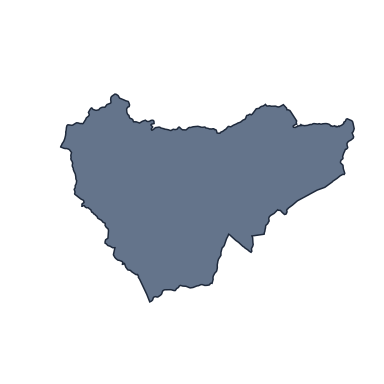 La Mesa, Cundinamarca, Colombia, rotated 18°
{"feature_id": "7082276B41572660322682", "entity_name": "La Mesa", "entity_type": "district", "adm_level": 2, "iso_a3": "COL", "parent_name": "Colombia", "parent_adm1": "Cundinamarca", "projection": "mercator", "projection_center": [-74.467, 4.646], "detail": "fine", "context": "isolated", "style": "filled", "palette": "slate", "viewbox_px": 384, "rotation_deg": 18, "n_neighbors": 0, "source": "geoboundaries", "source_scale": "gbopen_adm2", "svg_char_len": 5965}
<svg xmlns="http://www.w3.org/2000/svg" viewBox="0 0 384 384"><g transform="rotate(18 192 192)"><path d="M325.6,103.6L326.3,102.3L326.3,101.4L325.2,99.9L324.4,98.1L324.6,97.0L325.0,95.9L325.7,94.9L327.1,93.5L328.7,91.0L328.7,89.6L326.0,86.3L326.7,84.8L326.7,81.7L323.9,76.8L322.9,75.4L321.8,74.8L317.0,74.4L316.2,75.1L315.9,77.6L315.0,78.4L314.9,79.2L315.2,79.9L313.5,82.5L312.1,83.5L311.8,84.2L310.9,84.0L310.5,84.8L309.1,85.4L308.7,85.4L308.4,84.9L307.8,85.3L306.9,85.0L306.6,85.4L305.3,86.2L304.3,85.9L303.9,86.3L303.5,86.3L302.5,85.5L301.3,85.2L299.2,85.3L297.7,85.7L295.3,86.7L293.8,87.7L291.8,87.7L290.7,88.5L286.9,89.2L286.0,89.7L284.9,90.9L283.4,91.3L281.3,92.9L278.4,94.2L275.9,94.5L275.9,94.8L275.6,94.9L275.6,94.6L274.7,94.2L274.2,95.6L273.5,95.7L272.9,96.4L272.0,96.5L271.8,97.4L271.1,97.8L270.3,98.7L268.5,99.1L268.0,98.6L267.9,97.8L269.3,96.0L270.6,95.1L269.7,93.8L269.6,92.3L269.3,92.1L269.4,91.9L260.4,84.6L259.9,84.3L259.4,84.4L258.8,84.1L257.7,84.2L256.9,84.5L256.0,83.0L251.9,80.7L249.2,83.6L248.2,84.3L247.0,84.6L245.0,84.5L240.7,86.0L239.3,86.0L237.1,87.0L236.5,87.0L234.7,86.0L234.3,86.8L233.0,88.3L231.6,89.1L230.7,90.1L230.0,91.6L227.4,93.0L225.3,99.2L224.7,100.0L224.4,100.3L223.3,100.1L222.7,100.3L221.7,101.6L220.6,102.1L220.4,102.5L220.2,103.6L220.4,104.7L220.2,105.0L220.0,106.4L218.3,107.8L216.5,110.6L214.1,112.4L213.4,113.3L210.7,115.7L208.8,118.0L206.6,118.3L206.2,118.5L204.6,122.1L203.8,122.8L203.2,123.9L202.1,125.2L201.3,125.8L200.7,126.5L200.4,127.5L198.8,128.0L197.6,128.1L196.0,125.7L195.0,125.4L194.4,125.7L193.2,125.1L192.1,125.5L191.1,126.1L190.3,126.2L189.5,126.6L187.8,126.5L185.3,126.8L184.5,126.3L183.9,126.3L182.1,127.2L180.4,127.6L179.5,127.5L177.3,127.7L172.9,129.6L170.7,131.1L169.7,131.3L168.9,131.9L167.2,134.7L166.1,135.2L165.7,135.2L163.8,135.8L163.4,135.7L162.3,135.4L160.0,134.2L159.4,134.4L158.8,135.6L158.5,136.7L157.9,137.2L156.6,137.9L154.8,138.1L153.0,140.0L151.9,140.2L150.5,140.1L148.6,140.3L146.2,140.7L145.7,140.4L145.0,140.6L142.4,140.7L141.4,140.3L140.0,140.7L138.5,141.6L137.9,141.7L137.1,142.4L136.1,144.2L135.0,145.6L134.7,145.7L133.9,144.9L133.8,144.3L134.5,142.7L134.5,142.3L132.4,141.1L132.2,140.8L132.7,139.9L134.8,138.6L133.9,136.4L133.1,135.9L132.3,135.9L131.7,136.1L130.6,136.8L129.6,138.0L128.2,138.6L127.1,138.7L125.5,138.1L122.9,140.1L120.8,142.6L117.3,142.5L116.8,142.8L116.1,142.7L115.1,143.3L114.6,143.2L113.2,141.4L111.8,141.0L110.4,141.1L109.2,140.1L108.4,138.7L107.9,138.4L107.0,138.2L105.5,136.5L104.2,133.4L104.3,132.4L104.9,130.8L105.6,130.5L105.8,130.2L105.8,129.1L105.6,128.3L104.1,126.3L103.3,125.6L100.7,125.7L99.4,125.5L94.1,125.1L91.9,123.1L89.7,122.5L88.4,122.7L86.1,125.8L85.7,127.0L86.0,129.0L87.2,131.6L87.1,132.7L84.1,135.1L83.0,138.3L81.0,138.9L79.8,139.6L78.5,141.0L78.0,142.6L75.8,143.9L74.8,144.1L72.2,144.0L70.7,143.0L70.1,143.5L69.6,144.9L68.9,148.3L70.3,149.9L70.4,150.8L70.2,151.7L68.6,154.2L68.4,156.1L67.3,160.4L67.0,160.8L65.3,161.1L64.5,161.5L62.2,161.5L60.7,161.9L57.8,165.3L57.1,165.7L53.7,166.3L52.9,166.7L52.5,167.8L52.7,169.8L53.2,172.0L53.4,174.1L53.8,174.9L54.3,177.6L54.5,180.5L54.4,183.0L54.0,184.9L53.6,185.9L53.5,187.5L53.1,189.4L53.2,189.8L56.9,190.0L58.3,189.8L59.3,189.4L61.3,189.4L62.5,189.7L65.2,191.7L65.4,194.5L66.4,196.8L66.4,197.5L66.8,198.4L67.2,198.9L68.6,200.0L69.6,201.5L69.8,203.4L70.2,204.5L71.8,206.2L72.0,207.0L73.2,208.6L75.4,210.9L76.8,213.5L77.4,215.1L78.0,216.1L78.8,216.8L79.2,219.0L79.3,220.5L78.9,221.8L79.6,224.1L79.1,225.8L80.6,227.9L80.8,228.4L80.9,229.9L81.3,230.4L88.4,233.0L91.1,233.4L91.7,233.8L92.5,235.3L92.4,235.7L91.3,236.9L91.1,237.5L91.7,239.6L92.3,239.4L92.8,238.6L93.3,238.4L94.0,238.4L95.1,239.3L96.5,239.6L98.2,239.0L99.1,239.5L101.3,240.2L102.8,242.1L103.9,242.1L105.3,243.2L106.3,243.2L107.7,244.0L109.3,244.6L110.2,245.8L110.7,246.1L114.6,246.9L116.8,248.3L118.9,248.5L119.3,249.0L119.7,250.7L121.2,252.0L123.7,253.1L124.5,254.5L126.3,261.7L126.1,262.2L124.6,264.2L124.7,266.2L125.1,267.5L126.5,267.8L128.5,268.9L130.9,268.9L133.1,269.4L133.9,269.5L135.9,268.8L136.6,275.7L136.8,276.2L138.9,278.1L140.1,278.8L142.5,279.7L144.2,279.5L146.9,279.7L147.8,280.2L148.2,282.3L148.8,282.1L149.4,280.8L149.9,280.9L152.3,284.0L155.0,285.9L157.8,285.6L159.0,286.4L163.6,287.7L164.5,287.9L165.2,287.3L165.9,287.4L166.3,288.0L167.2,288.7L167.4,289.8L169.0,291.0L180.6,303.3L185.8,309.6L187.2,308.2L187.9,306.8L187.9,304.5L188.5,303.4L189.9,302.7L191.2,302.7L192.0,302.4L193.8,300.1L194.4,299.0L194.7,298.1L194.6,296.1L194.9,294.8L196.1,293.5L202.2,291.4L205.5,291.3L206.6,290.8L207.2,288.6L208.6,287.0L208.9,285.5L209.8,284.4L212.4,284.3L215.4,283.5L219.2,283.8L220.1,283.7L222.5,282.5L225.6,279.9L227.3,279.0L229.1,277.3L230.5,276.9L233.1,276.9L235.2,276.1L237.1,275.1L237.5,274.5L237.6,273.7L238.2,272.9L239.3,272.7L239.1,268.6L238.4,267.0L238.2,265.3L238.7,262.3L239.8,259.9L239.8,258.5L239.5,256.2L238.5,253.4L238.3,251.6L238.0,249.8L238.0,247.5L239.1,243.3L238.2,240.6L237.9,236.1L238.9,233.9L239.2,232.8L239.3,225.7L239.8,222.9L239.9,220.8L240.9,221.0L248.6,224.5L251.9,225.5L257.2,228.0L258.3,228.2L259.7,228.9L263.0,229.8L263.9,230.3L266.2,231.0L266.8,231.1L267.2,229.9L266.1,227.7L266.1,227.0L266.5,224.7L266.4,223.0L265.6,221.4L263.8,216.7L262.6,215.3L273.6,209.9L273.7,209.5L273.4,208.8L273.4,206.7L273.1,205.0L273.0,203.5L272.5,201.4L272.8,200.4L273.6,199.1L273.9,198.2L273.8,197.3L274.2,196.5L274.3,196.0L274.0,195.0L273.3,193.9L273.1,193.0L273.2,191.6L274.1,189.9L276.7,187.0L279.0,182.4L279.8,182.7L281.8,182.2L284.2,183.6L286.9,184.8L288.1,184.1L288.4,183.5L288.3,182.5L288.5,182.4L288.5,181.5L287.7,180.0L287.8,179.1L288.5,178.2L288.5,177.7L291.6,173.4L295.0,167.8L310.5,151.5L316.9,146.5L322.2,139.2L322.7,138.1L325.7,134.3L327.9,130.8L330.0,128.6L331.3,128.3L331.5,127.0L328.8,123.2L327.3,119.9L324.2,118.3L323.9,117.4L323.9,115.8L325.2,113.7L325.0,112.9L324.3,111.7L324.3,108.1L324.6,106.0L324.7,104.2L325.0,103.8L325.6,103.6Z" fill="#64748b" stroke="#1e293b" stroke-width="1.5"/></g></svg>